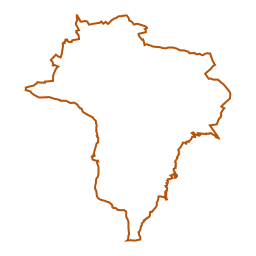 Sona, Alba, Romania
{"feature_id": "2599482B71316562161476", "entity_name": "Sona", "entity_type": "district", "adm_level": 2, "iso_a3": "ROU", "parent_name": "Romania", "parent_adm1": "Alba", "projection": "robinson", "projection_center": [24.009, 46.242], "detail": "fine", "context": "isolated", "style": "outline", "palette": "amber", "viewbox_px": 256, "rotation_deg": 0, "n_neighbors": 0, "source": "geoboundaries", "source_scale": "gbopen_adm2", "svg_char_len": 5695}
<svg xmlns="http://www.w3.org/2000/svg" viewBox="0 0 256 256"><path d="M140.3,239.5L140.3,237.3L140.0,236.1L139.2,235.2L139.0,233.7L138.5,232.3L139.1,232.0L140.5,229.2L140.8,226.9L141.1,226.2L141.9,225.0L141.8,223.7L142.6,222.7L143.3,222.2L144.0,221.3L143.8,220.8L144.1,220.6L144.1,220.2L144.7,219.8L145.1,219.9L145.7,219.0L146.1,218.6L147.0,218.4L147.3,217.6L148.4,217.4L149.3,216.9L150.0,214.8L149.8,213.9L150.1,212.1L150.9,211.7L151.3,212.0L152.1,211.8L153.1,210.3L155.9,207.1L156.8,205.3L156.7,203.0L158.1,199.6L158.6,196.4L161.1,196.5L164.9,197.5L166.0,199.6L166.9,199.4L165.9,197.5L166.3,197.1L166.2,196.7L165.6,196.5L165.1,195.9L165.5,195.6L165.4,194.8L166.3,194.6L166.3,194.3L166.1,194.2L165.2,193.2L166.0,192.7L165.5,192.1L166.3,192.0L166.6,191.2L166.3,190.5L167.0,190.1L167.2,187.6L165.8,186.8L165.5,185.8L166.6,185.7L167.2,184.9L167.2,184.1L166.6,183.2L167.5,183.1L167.9,182.7L167.8,181.3L167.3,180.7L167.8,180.6L167.9,179.3L170.6,178.9L172.7,178.0L171.3,176.2L170.6,175.6L173.7,174.1L174.6,175.9L175.2,177.8L176.1,177.5L176.4,176.2L177.0,176.1L177.0,175.5L176.9,175.1L176.4,175.0L175.2,173.1L174.7,172.4L174.9,172.3L174.8,171.9L173.7,170.7L173.6,169.2L173.7,168.9L174.8,168.4L174.9,168.0L175.6,167.9L175.5,165.9L175.8,165.9L175.8,162.7L175.2,162.4L175.4,160.8L176.1,160.1L177.1,158.4L177.5,158.0L177.5,157.8L177.0,157.3L179.0,154.3L178.7,154.1L178.7,153.8L178.9,151.4L178.3,149.7L180.5,147.3L182.7,143.4L182.8,142.7L184.8,142.7L185.4,143.0L186.1,143.8L186.3,143.7L186.5,141.7L188.7,141.8L188.8,141.0L189.7,140.7L190.5,140.0L191.1,139.2L192.2,136.8L195.0,137.0L195.0,136.6L194.1,135.6L193.6,134.7L191.8,133.1L193.0,132.4L193.5,132.5L194.4,133.7L195.3,134.4L197.1,135.1L197.9,134.8L198.4,135.0L198.7,135.6L199.1,135.7L199.6,135.5L200.5,134.5L200.2,134.2L199.5,134.3L198.5,134.2L198.1,133.8L197.9,133.1L202.4,133.7L206.3,134.1L206.5,133.5L208.6,133.8L209.6,133.6L209.7,133.2L210.9,133.2L211.7,133.5L212.5,134.4L214.9,135.2L215.5,136.7L216.1,137.3L218.8,138.2L218.6,137.7L217.9,137.2L217.3,135.8L209.9,125.4L216.5,124.4L216.9,124.1L216.9,123.8L217.8,121.8L217.9,121.1L218.9,119.0L219.4,118.6L219.5,118.3L219.8,117.9L220.6,117.3L221.4,114.9L220.8,113.8L221.1,112.8L223.4,109.1L224.3,108.3L221.3,106.5L223.0,104.7L229.8,98.6L230.0,98.2L230.1,96.1L230.4,94.5L230.2,93.1L229.6,91.9L227.7,89.3L223.4,84.2L221.0,82.4L218.9,80.4L218.4,80.2L218.2,79.8L217.0,79.6L216.0,79.7L215.1,79.5L214.3,79.7L212.5,79.4L211.7,78.9L210.5,78.6L209.7,78.6L208.8,78.8L207.6,77.3L205.2,73.6L211.0,68.7L212.6,66.5L215.0,64.8L214.1,63.5L213.4,61.9L212.7,61.0L211.4,57.0L210.8,55.9L210.2,53.5L209.2,53.6L207.4,53.2L204.6,54.0L203.3,55.0L202.7,55.2L202.1,55.2L199.5,53.7L197.3,54.3L196.2,54.2L195.2,53.6L194.6,52.9L193.1,53.2L191.8,53.0L190.4,53.4L189.8,53.3L189.3,53.1L188.7,52.0L187.9,51.5L186.6,51.3L184.5,50.4L180.3,50.4L179.6,50.2L176.5,48.5L172.8,47.5L168.5,47.5L165.8,48.3L164.8,48.3L162.4,48.0L160.0,47.2L159.1,47.2L158.6,46.9L157.7,47.1L156.9,46.9L155.5,46.9L152.8,46.5L150.8,45.6L148.3,44.9L146.8,44.2L145.9,44.4L144.6,45.1L143.7,41.2L143.1,39.5L142.2,39.9L139.9,37.2L138.7,35.2L138.6,33.8L145.8,32.2L145.7,29.8L144.9,29.1L146.9,28.1L146.8,27.5L146.1,26.8L145.0,26.4L144.5,25.9L143.2,25.7L142.4,25.4L141.9,25.0L140.0,24.7L139.0,24.1L136.6,23.8L134.0,24.6L132.7,22.8L131.8,21.9L130.2,20.8L129.3,20.6L128.9,18.4L126.8,15.5L125.3,15.4L123.8,15.8L122.8,15.7L121.7,16.3L119.7,16.1L118.4,16.5L117.0,17.3L116.1,18.1L114.7,18.4L113.9,18.7L113.0,19.5L111.9,20.0L107.9,24.0L105.8,21.9L103.3,23.7L101.2,21.5L99.9,22.8L94.9,23.5L88.9,24.6L87.3,21.6L85.8,21.1L85.0,21.0L84.0,21.3L82.3,21.4L81.9,21.7L81.4,21.8L80.4,21.4L79.8,20.4L79.6,19.5L77.7,16.6L77.4,15.6L76.9,15.4L76.8,17.7L77.4,19.7L77.1,20.4L76.5,21.4L75.9,23.3L76.0,24.4L79.0,30.2L76.2,31.0L76.6,32.1L76.3,32.4L76.8,32.9L77.8,34.4L78.1,34.4L78.5,34.8L79.0,38.3L79.0,39.1L72.2,40.3L72.0,40.6L71.8,41.8L69.0,42.1L66.5,40.1L67.7,38.9L66.1,39.9L65.4,39.8L65.3,41.2L64.4,41.9L64.7,43.1L62.7,43.3L63.0,46.1L62.8,47.4L61.7,54.4L60.6,57.5L58.0,56.3L55.9,54.7L50.8,60.0L52.5,61.9L53.4,64.7L52.8,65.3L53.1,65.5L55.0,65.2L58.2,66.6L57.0,67.5L55.5,69.8L53.5,74.5L53.2,75.5L53.0,80.9L45.0,81.6L44.9,82.7L40.9,82.6L37.4,82.2L36.6,83.6L35.1,84.3L34.2,85.4L28.8,86.7L25.9,87.6L26.0,87.9L25.6,90.0L30.5,91.4L30.6,91.9L32.1,93.5L33.5,94.3L33.7,94.7L39.0,97.5L44.0,97.4L45.8,97.2L46.4,97.4L46.7,97.2L47.0,97.4L48.5,97.1L51.4,97.6L51.9,98.0L55.5,99.0L59.8,99.9L59.9,100.4L61.3,100.9L61.8,100.9L62.2,100.7L65.9,100.8L69.3,102.3L69.8,102.8L70.3,103.0L74.1,102.7L75.2,103.2L77.3,104.6L77.7,105.1L77.9,105.7L80.2,108.4L81.2,108.4L81.5,108.7L81.9,109.4L82.7,111.6L83.5,112.4L86.2,113.9L86.8,114.5L87.3,114.4L88.2,115.1L92.8,117.3L93.3,118.5L95.8,120.9L96.0,122.6L96.7,126.1L96.3,127.1L96.3,128.8L96.5,130.7L96.2,131.0L96.5,132.1L96.8,132.7L96.8,133.0L97.2,133.6L97.4,135.7L96.9,135.9L97.4,136.6L97.2,136.8L98.3,138.0L98.1,140.8L97.9,142.7L96.7,143.2L93.5,154.5L94.1,154.5L94.6,155.1L94.6,155.8L94.4,156.0L93.5,155.8L91.8,156.5L91.7,156.9L92.6,157.6L92.3,158.7L92.4,159.1L92.7,159.5L93.2,159.9L95.0,160.3L96.4,160.9L97.9,160.6L98.2,161.4L97.1,161.4L97.1,163.2L98.5,167.0L98.5,173.0L98.2,175.3L97.5,177.3L96.4,178.5L96.1,180.2L95.9,183.0L95.3,185.2L95.0,188.2L95.1,189.0L95.8,189.8L96.5,192.2L96.7,195.0L97.4,197.2L98.9,198.8L99.9,199.4L102.0,200.1L105.2,200.9L106.4,201.6L108.6,202.1L109.7,202.8L110.7,203.7L111.8,204.5L112.4,206.1L112.3,207.0L113.4,208.0L114.7,207.9L116.1,208.3L117.5,209.8L121.6,210.3L123.1,209.9L124.1,210.1L126.0,211.4L126.3,213.1L126.1,215.5L126.4,217.1L127.8,219.9L128.6,222.7L128.4,223.5L128.5,226.1L128.4,227.5L129.1,234.4L128.4,235.7L128.2,239.2L127.6,240.1L127.1,240.5L130.8,240.2L134.9,240.6L140.3,239.5Z" fill="none" stroke="#b45309" stroke-width="2"/></svg>